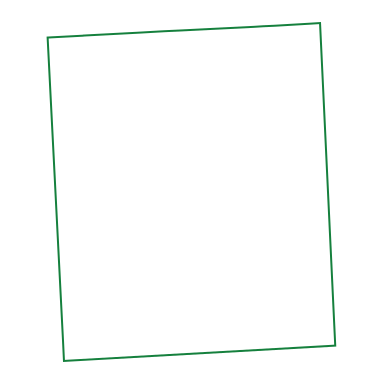 Stanton, Kansas, United States of America (Natural Earth projection), rotated 87°
{"feature_id": "52423323B8394937054481", "entity_name": "Stanton", "entity_type": "district", "adm_level": 2, "iso_a3": "USA", "parent_name": "United States of America", "parent_adm1": "Kansas", "projection": "natural_earth1", "projection_center": [-101.94, 37.563], "detail": "fine", "context": "isolated", "style": "outline", "palette": "green", "viewbox_px": 384, "rotation_deg": 87, "n_neighbors": 0, "source": "geoboundaries", "source_scale": "gbopen_adm2", "svg_char_len": 385}
<svg xmlns="http://www.w3.org/2000/svg" viewBox="0 0 384 384"><g transform="rotate(87 192 192)"><path d="M352.9,57.0L30.0,55.3L30.1,66.8L30.3,100.7L30.2,112.2L30.3,120.9L30.3,128.9L30.2,157.3L30.1,196.3L30.0,209.4L30.0,214.0L30.1,236.8L30.1,265.4L30.1,292.4L30.2,292.5L30.2,311.9L30.2,328.1L334.7,328.6L354.0,328.7L352.9,57.0Z" fill="none" stroke="#15803d" stroke-width="2"/></g></svg>